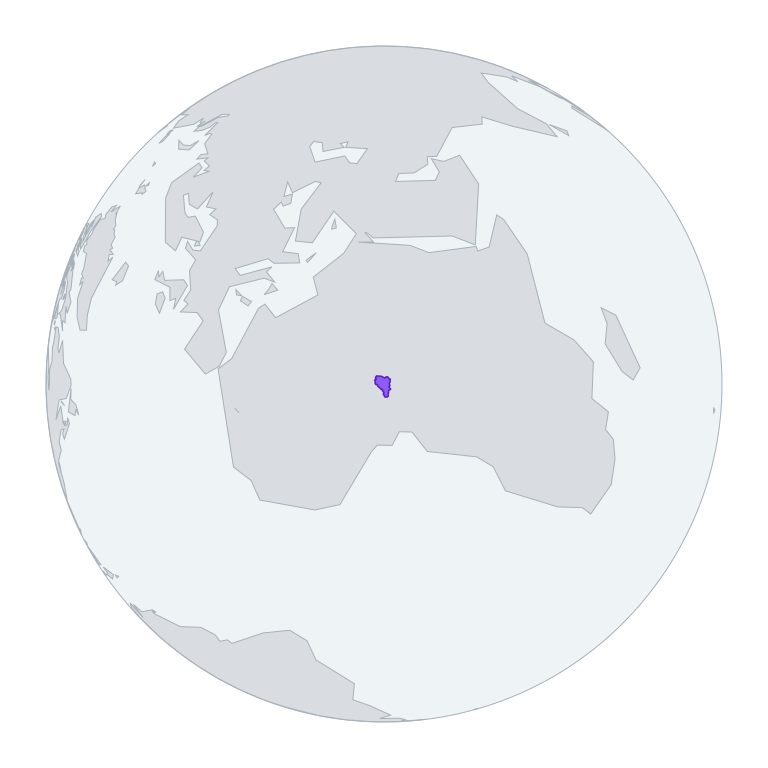 globe centered on Borno, rotated 308°
{"feature_id": "NGA-2839", "entity_name": "Borno", "entity_type": "State", "adm_level": 1, "iso_a3": "NGA", "parent_name": "Nigeria", "parent_adm1": "", "projection": "orthographic", "projection_center": [13.296, 11.875], "detail": "fine", "context": "on_globe", "style": "filled", "palette": "violet", "viewbox_px": 768, "rotation_deg": 308, "n_neighbors": 0, "source": "natural_earth", "source_scale": "10m", "svg_char_len": 10763}
<svg xmlns="http://www.w3.org/2000/svg" viewBox="0 0 768 768"><g transform="rotate(308 384 384)"><circle cx="384" cy="384" r="338" fill="#eef3f6" stroke="#a8b0b8"/><path d="M277.3,63.4L279.1,62.8L267.3,67.1L268.8,67.1L261.0,70.0L268.9,67.7L275.7,65.1L281.4,63.4L283.0,63.5L273.3,66.9L271.1,67.3L269.1,68.4L263.6,70.3L267.2,69.4L255.3,74.2L269.1,69.8L261.4,74.0L253.0,77.1L251.2,76.2L227.3,84.9L218.2,89.6L207.1,96.2L191.8,108.8L182.8,115.0L172.6,123.8L178.7,120.0L188.9,112.0L197.7,108.2L209.1,100.0L214.3,97.7L227.1,90.4L227.9,92.4L221.7,98.8L211.2,105.3L208.2,108.7L220.5,103.9L203.0,118.7L195.3,133.8L190.4,138.2L177.0,142.5L171.3,137.8L153.9,147.5L167.9,142.7L155.6,155.4L154.7,158.5L157.0,159.3L162.7,155.3L159.1,160.5L143.8,166.1L146.9,161.4L151.7,159.4L148.9,157.8L138.6,163.5L133.2,170.4L123.3,174.8L119.3,180.1L114.9,184.7L121.9,175.6L109.1,192.7L96.6,206.7L78.9,239.1L93.0,212.2L106.0,191.9L120.5,172.5L136.3,154.1L153.4,137.0L171.7,121.1L191.0,106.6L211.4,93.5L232.6,81.9L254.6,71.8L277.3,63.4ZM50.7,328.2L49.9,334.2L52.5,322.6L55.2,318.6L51.6,337.9L56.0,322.3L55.5,333.5L63.0,340.0L61.5,343.8L67.3,372.7L79.5,389.5L82.3,405.2L80.3,413.2L85.9,418.1L86.0,423.9L113.5,442.1L131.9,461.3L134.3,481.3L124.7,500.4L129.6,545.2L116.0,553.8L121.8,571.1L127.1,593.1L117.7,586.6L129.9,601.5L132.5,607.1L129.0,604.8L136.6,613.7L134.4,611.8L141.7,619.4L145.4,623.2L127.0,603.5L110.4,582.3L95.4,559.8L82.3,536.3L68.0,503.2L62.8,488.8L60.4,481.3L54.3,458.2L49.9,434.7L47.2,410.9L46.1,387.1L46.7,363.2L46.9,361.3L49.7,334.4L49.9,333.2L50.7,328.2ZM73.7,250.2L73.9,249.9L67.3,272.2L66.2,270.5L67.3,268.2L70.0,260.0L73.3,251.2L73.7,250.2ZM81.9,234.8L82.6,232.5L82.5,233.5L81.9,234.8ZM225.8,89.9L226.3,90.1L223.7,91.3L225.8,89.9ZM230.7,86.7L227.2,88.0L229.0,86.7L231.1,86.0L230.7,86.7ZM234.7,85.7L232.7,84.4L236.0,82.3L246.9,78.0L234.7,85.7ZM277.2,64.3L270.0,67.0L274.6,64.9L277.2,64.3ZM292.1,58.8L291.8,58.9L293.3,58.5L306.5,55.1L308.1,54.8L301.2,56.7L293.3,58.7L300.3,57.1L278.8,63.4L283.0,61.5L292.1,58.8ZM284.1,62.6L284.3,62.1L294.2,59.1L295.6,59.6L291.9,60.4L284.1,62.6ZM322.6,51.7L323.0,51.6L309.1,54.6L308.6,54.6L322.6,51.7ZM290.5,61.1L296.0,60.1L292.8,61.7L284.6,63.0L290.5,61.1ZM296.1,58.3L300.9,57.0L298.7,57.8L296.1,58.3ZM284.2,68.2L284.2,67.0L289.4,65.2L284.2,68.2ZM298.4,59.7L299.5,59.1L301.5,58.5L304.4,58.3L298.4,59.7ZM313.0,53.9L313.2,54.1L319.0,52.6L322.3,52.3L312.4,54.5L318.1,53.5L319.2,53.4L309.9,55.4L313.0,53.9ZM313.5,56.3L302.0,60.0L300.9,62.2L296.2,63.7L298.9,59.9L313.5,56.3ZM312.2,55.5L311.9,56.2L306.3,57.4L303.0,57.6L312.2,55.5ZM328.2,51.5L325.6,51.3L327.8,50.9L328.2,51.5ZM314.2,56.6L317.0,55.8L314.8,56.6L314.2,56.6ZM325.2,52.6L323.9,52.5L326.5,52.0L325.2,52.6ZM323.5,54.5L319.8,55.5L317.4,55.6L323.5,54.5ZM325.2,53.4L329.0,52.8L318.8,55.0L324.2,53.4L325.2,53.4ZM327.8,52.2L329.0,51.9L328.0,52.4L327.8,52.2ZM334.6,54.3L322.3,57.0L317.1,56.8L329.7,54.1L334.6,54.3ZM182.9,655.5L182.4,655.0L185.3,657.0L186.3,658.0L182.9,655.6L182.9,655.5ZM697.7,258.3L701.7,269.3L705.5,279.8L712.7,305.4L717.8,331.5L716.7,324.9L712.2,311.1L716.7,335.8L720.3,352.6L721.6,368.4L721.8,374.3L721.3,370.4L719.2,350.6L717.5,345.1L714.2,323.8L705.4,294.8L704.7,303.2L701.1,290.9L688.9,269.2L685.7,281.0L683.2,319.5L689.0,351.8L685.4,368.1L666.0,326.1L654.7,296.6L649.3,301.4L628.0,279.8L595.8,285.4L589.8,278.2L584.1,283.2L568.8,277.7L559.1,266.1L550.6,268.3L576.1,299.1L585.2,297.0L590.7,282.5L596.3,294.2L610.8,302.7L599.9,335.4L549.8,370.3L542.6,346.6L492.5,285.6L492.7,278.2L492.4,277.4L491.6,276.0L489.4,288.2L480.0,276.4L509.3,319.2L515.2,338.6L549.1,371.9L546.5,376.0L556.7,382.5L586.6,368.8L587.3,377.0L574.6,416.9L531.1,473.3L535.7,506.5L530.4,535.3L500.5,556.8L500.3,577.9L484.5,586.7L481.7,598.6L467.4,612.0L444.6,625.0L408.8,626.9L408.7,616.5L394.1,596.5L374.6,545.5L386.0,521.0L383.7,502.0L357.5,459.7L363.4,435.6L355.8,425.5L340.6,428.2L331.6,416.2L322.2,415.9L261.8,423.5L242.2,407.1L216.1,357.6L226.1,338.8L225.9,316.5L293.7,244.0L310.3,248.3L366.3,238.5L373.6,241.0L369.5,257.8L413.4,277.1L424.7,262.5L462.1,271.8L485.4,269.7L489.3,238.0L451.2,240.6L442.1,226.2L470.8,211.1L503.8,210.6L501.3,205.1L478.4,194.1L483.9,183.6L470.2,189.7L477.3,194.9L469.0,199.3L462.0,195.0L464.2,191.1L453.7,189.4L445.8,209.9L452.1,217.3L425.8,222.7L433.9,236.1L427.5,243.0L411.5,223.1L411.4,215.5L383.4,195.7L381.0,203.8L407.3,223.6L400.0,222.3L397.0,235.2L393.6,224.4L365.4,202.3L340.3,208.1L311.8,240.3L296.4,243.2L281.9,237.1L288.7,205.3L322.4,202.6L325.3,192.8L315.5,179.3L326.5,180.2L326.7,174.8L339.1,173.8L353.7,160.9L365.9,159.2L368.8,143.9L375.5,141.5L371.8,150.9L375.8,157.3L405.8,155.2L410.8,151.8L410.2,142.4L418.5,143.8L414.2,135.1L430.0,131.0L407.1,129.2L405.8,119.9L413.8,112.6L409.3,109.7L396.3,121.8L394.8,127.1L400.1,131.9L392.5,148.3L382.8,151.4L375.2,134.4L360.6,137.7L361.1,124.4L396.0,97.5L412.0,92.7L444.3,102.2L442.3,107.5L429.6,106.4L443.9,115.2L441.5,110.7L448.4,112.3L449.0,105.1L453.9,106.0L446.0,98.1L452.1,98.5L457.0,103.4L463.0,94.7L474.9,94.5L473.9,92.2L469.5,89.8L487.6,92.0L486.0,90.3L479.5,88.8L472.2,84.8L466.3,78.8L472.9,79.9L475.9,82.1L492.1,89.2L499.1,96.0L501.2,95.9L496.7,90.4L476.9,81.6L471.5,77.9L481.3,81.2L477.3,79.7L476.7,78.2L482.3,78.0L471.7,74.3L456.0,60.6L465.1,60.2L475.6,63.8L471.6,58.9L482.2,61.0L476.2,59.3L470.2,57.3L466.7,56.5L463.4,55.6L459.4,54.6L483.6,61.1L507.3,69.4L530.3,79.4L552.5,91.1L573.7,104.4L593.9,119.2L613.0,135.5L630.8,153.2L647.2,172.1L662.2,192.2L675.7,213.3L687.5,235.4L697.7,258.3ZM273.3,281.0L272.1,287.6L273.3,281.0ZM541.0,226.9L559.3,226.1L546.9,208.1L552.9,206.6L546.5,201.5L546.0,206.9L529.7,192.8L536.1,186.7L531.8,179.3L525.4,179.3L516.4,193.1L539.5,212.6L537.1,220.8L541.0,226.9ZM63.4,340.0L63.8,344.6L62.3,343.5L63.4,340.0ZM63.6,277.6L63.4,279.4L62.4,283.0L62.1,282.9L63.6,277.6ZM68.1,290.0L69.1,293.3L66.9,293.0L68.1,290.0ZM66.9,275.4L67.2,288.1L63.3,290.1L63.5,282.5L64.8,283.2L66.9,275.4ZM76.8,244.6L76.1,246.8L74.7,249.8L76.8,244.6ZM81.8,235.7L81.7,235.6L83.1,232.5L81.8,235.7ZM156.5,155.0L157.6,154.7L158.8,156.5L155.9,157.8L156.5,155.0ZM177.8,154.2L171.5,162.6L174.0,157.1L168.8,159.9L167.7,152.5L188.0,140.1L179.0,146.7L177.8,154.2ZM171.8,140.5L170.2,145.7L171.1,140.6L171.8,140.5ZM315.2,149.8L320.3,152.7L316.9,158.7L301.5,163.5L306.2,154.6L315.2,149.8ZM328.4,155.8L325.2,139.1L334.6,136.4L329.9,140.5L336.5,140.4L330.6,147.3L342.8,162.0L340.6,168.5L313.3,172.2L323.4,167.0L317.8,164.0L328.4,155.8ZM300.1,110.4L298.8,105.6L321.0,105.4L319.7,110.1L304.2,114.4L296.7,111.6L300.1,110.4ZM254.4,79.3L252.5,79.2L255.2,78.0L259.0,77.1L254.4,79.3ZM283.8,67.8L265.7,79.1L262.5,79.3L255.7,86.9L244.7,90.8L249.5,85.5L236.0,94.8L235.9,91.7L227.7,98.2L239.6,86.1L239.0,84.4L243.8,84.6L253.8,80.9L258.0,78.8L269.4,72.0L273.2,67.6L283.7,64.1L290.2,62.9L290.9,63.4L283.8,65.3L289.9,64.6L280.2,67.9L283.8,67.8ZM360.0,63.3L351.5,63.0L362.0,66.6L352.3,68.1L354.1,68.4L348.1,71.0L343.9,75.1L339.2,75.5L339.6,77.0L335.6,79.1L334.6,81.5L325.8,83.2L323.8,86.5L320.7,85.5L319.7,90.8L316.5,87.8L311.0,90.9L317.1,92.2L271.7,100.5L255.3,108.0L243.2,116.4L239.3,111.3L248.0,100.8L263.2,89.6L279.6,83.8L274.9,83.1L281.3,80.4L282.4,82.0L284.6,77.9L290.2,76.3L303.7,69.2L303.4,65.4L308.4,63.2L311.3,63.9L314.1,61.3L322.9,61.4L326.7,60.0L339.1,59.2L342.5,62.2L346.4,60.5L356.0,60.5L360.0,63.3ZM338.0,54.1L344.3,56.2L342.1,58.3L321.4,59.0L316.8,60.2L303.5,61.8L306.9,58.9L310.4,58.6L314.6,57.7L311.8,58.9L317.2,57.4L322.2,57.1L327.7,56.0L328.2,56.8L338.0,54.1ZM380.6,234.5L386.1,235.0L394.3,233.9L392.5,242.5L380.6,234.5ZM361.2,219.6L365.9,218.3L367.4,228.9L361.8,228.8L361.2,219.6ZM367.2,209.2L366.0,217.4L363.3,212.9L367.2,209.2ZM376.1,149.6L381.0,148.3L382.0,150.4L379.9,153.9L376.1,149.6ZM389.1,77.9L384.6,76.5L385.7,75.6L381.0,71.2L387.8,70.3L393.3,72.6L389.1,77.9ZM483.6,243.8L477.7,250.3L473.8,247.6L476.6,245.9L483.6,243.8ZM433.6,246.5L445.6,249.8L432.9,248.9L433.6,246.5ZM395.7,76.1L393.0,74.3L398.1,75.1L395.7,76.1ZM392.5,69.5L398.2,69.9L388.0,69.7L392.5,69.5ZM568.4,658.1L567.2,660.7L563.7,662.0L568.4,658.1ZM581.0,524.3L554.5,575.8L540.6,577.9L540.4,564.0L551.8,533.5L568.8,522.8L577.8,508.1L581.0,524.3ZM721.2,405.6L721.3,402.5L717.1,362.1L718.8,360.8L721.9,381.2L721.2,405.6ZM690.2,354.5L696.1,372.2L693.5,376.6L690.2,354.5ZM449.8,72.3L448.8,78.9L452.6,84.5L461.8,88.3L448.5,86.4L442.6,77.7L449.8,72.3ZM454.6,61.6L446.5,59.3L450.1,59.2L452.5,59.7L454.6,61.6ZM449.6,61.0L439.4,60.4L435.0,58.5L443.9,59.2L449.6,61.0ZM417.8,66.5L417.0,68.3L412.9,67.5L417.8,66.5ZM461.7,55.3L457.3,54.2L458.4,54.4L461.7,55.3ZM445.7,51.8L447.4,52.2L442.8,51.3L445.7,51.8ZM451.8,53.7L446.8,52.2L455.5,54.4L451.8,53.7Z" fill="#d9dde1" stroke="#a8b0b8" stroke-width="1"/><path d="M385.8,373.2L387.1,375.1L388.4,376.9L388.7,378.5L389.1,380.0L389.1,380.5L389.1,380.9L389.1,381.0L389.3,381.1L390.5,381.2L390.9,381.3L391.0,381.3L391.0,381.5L391.3,381.7L391.3,381.8L391.2,381.8L391.3,381.9L391.5,382.0L391.8,382.1L391.9,382.3L391.7,382.5L391.6,382.9L391.7,383.0L391.7,383.4L391.7,383.5L391.6,383.9L391.5,384.5L391.4,384.6L391.2,384.9L391.2,385.0L391.3,385.1L391.5,385.2L391.6,385.3L391.7,385.5L391.7,385.8L391.6,386.0L391.4,386.3L391.1,386.4L391.0,386.5L390.8,386.6L390.7,386.7L390.3,386.8L390.2,386.9L389.7,387.4L389.4,387.4L389.3,387.6L389.2,387.7L388.9,387.8L388.4,387.6L388.2,387.5L387.8,387.7L387.5,387.9L387.3,388.2L387.2,388.4L387.1,388.7L387.0,388.8L386.8,388.9L386.7,389.0L386.7,389.4L386.6,389.5L386.3,389.5L385.5,389.7L385.3,389.7L385.1,389.6L384.9,389.5L384.7,389.6L384.7,389.9L384.7,390.3L384.6,390.7L384.3,391.5L384.1,392.3L383.8,392.5L383.4,392.4L383.1,392.2L382.7,391.9L382.3,391.7L381.8,391.6L381.4,391.7L381.1,392.1L380.7,392.4L380.3,392.5L380.2,392.7L380.1,392.9L379.7,393.1L379.2,393.2L378.8,393.3L378.4,393.5L377.8,394.3L377.1,394.8L376.2,394.8L375.7,394.5L375.4,393.9L375.1,393.7L374.9,393.6L374.7,393.5L374.5,393.3L374.4,393.0L374.4,392.7L374.8,392.0L374.8,391.5L375.0,391.5L375.2,391.3L375.3,391.1L375.4,390.9L375.3,390.4L375.4,390.0L375.7,389.6L377.1,389.1L377.5,388.9L377.6,388.5L377.6,388.0L377.6,387.5L377.8,387.3L377.9,387.1L378.2,386.7L378.8,386.0L378.7,385.7L378.5,385.3L378.2,385.3L377.9,385.2L378.3,384.3L378.3,384.1L378.2,383.5L378.4,381.5L378.3,380.6L379.0,380.0L379.2,379.6L379.4,379.3L379.3,378.9L379.0,378.7L378.7,378.4L378.6,378.0L378.8,376.9L379.1,376.9L379.2,377.0L379.3,377.0L379.4,376.9L379.4,376.6L379.5,376.5L379.7,376.4L379.7,376.2L379.8,376.0L379.8,375.9L380.0,375.7L380.3,375.6L380.5,375.7L380.8,375.4L381.0,375.2L381.3,375.0L381.3,374.9L381.5,374.7L381.4,374.5L381.5,374.5L381.6,374.4L381.8,374.5L382.0,374.4L382.5,374.2L382.8,374.1L382.7,374.2L382.8,374.2L383.0,374.2L383.0,374.3L383.1,374.2L383.2,374.3L383.3,374.2L383.5,374.2L383.7,373.9L383.8,373.9L383.8,373.7L384.1,373.4L384.1,373.2L384.4,373.2L385.8,373.2Z" fill="#8b5cf6" stroke="#5b21b6" stroke-width="1.5"/></g></svg>